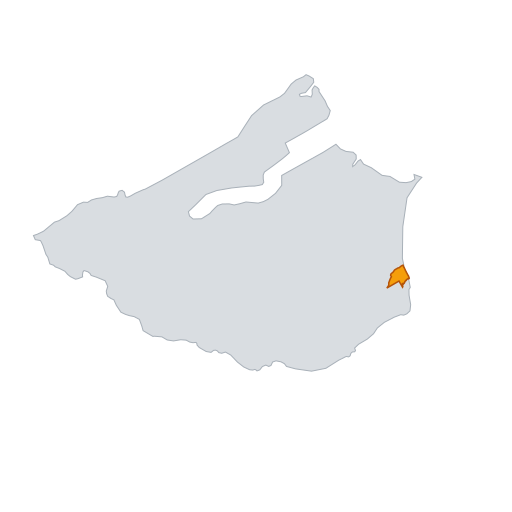 Saint Louis, Saint-Louis, Senegal shown in context, rotated 150°
{"feature_id": "50182788B94115130730188", "entity_name": "Saint Louis", "entity_type": "district", "adm_level": 2, "iso_a3": "SEN", "parent_name": "Senegal", "parent_adm1": "Saint-Louis", "projection": "mercator", "projection_center": [-16.417, 15.987], "detail": "fine", "context": "in_parent", "style": "filled", "palette": "amber", "viewbox_px": 512, "rotation_deg": 150, "n_neighbors": 0, "source": "geoboundaries", "source_scale": "gbopen_adm2", "svg_char_len": 5361}
<svg xmlns="http://www.w3.org/2000/svg" viewBox="0 0 512 512"><g transform="rotate(150 256 256)"><path d="M385.5,237.9L391.1,247.8L389.9,252.5L388.7,259.4L391.8,264.4L395.5,267.7L398.2,270.7L401.1,274.9L401.6,283.1L401.0,289.1L402.9,291.8L404.6,295.2L404.2,298.0L403.2,300.5L399.6,303.8L399.0,310.0L404.8,317.5L408.5,321.6L408.5,323.9L409.5,326.4L412.2,329.4L413.9,328.7L415.8,326.3L416.6,324.6L421.6,325.4L423.9,326.1L427.1,331.0L428.3,334.2L429.1,338.3L432.4,343.4L435.3,347.0L435.9,349.2L438.5,352.2L436.9,359.0L437.1,362.4L435.3,371.4L434.9,375.7L435.0,377.2L439.0,380.5L438.5,385.0L434.5,384.2L427.6,383.7L413.6,386.1L408.9,385.1L399.7,385.4L393.2,386.7L384.9,389.7L378.5,388.9L375.0,386.6L370.5,386.8L365.3,385.5L359.8,383.3L354.8,382.1L349.4,378.0L346.9,377.2L345.1,378.3L343.6,379.7L342.1,380.6L339.1,379.8L338.0,377.0L338.9,374.3L339.2,372.2L337.8,371.1L334.5,370.7L329.2,370.7L320.6,369.8L318.6,369.3L299.4,368.6L279.4,368.5L262.5,368.4L241.2,368.3L226.2,368.3L212.2,368.2L201.4,373.8L189.6,379.8L173.9,383.0L155.8,381.8L150.0,382.6L144.0,385.3L139.6,387.3L133.4,388.4L125.3,387.5L122.0,388.0L120.0,385.3L117.7,380.9L119.1,377.6L124.1,375.5L131.5,372.8L135.3,374.2L137.6,374.3L138.0,372.5L137.3,371.6L131.7,369.2L128.8,366.1L126.4,367.9L124.4,371.8L122.6,372.9L120.1,374.0L118.7,371.4L118.1,368.8L119.2,366.9L118.6,355.8L119.3,349.9L119.0,344.8L122.5,341.4L125.8,339.3L138.7,339.1L150.8,338.9L162.4,339.0L174.2,339.2L175.4,328.8L179.1,328.0L184.7,327.0L195.2,325.7L206.8,324.5L209.3,322.5L211.2,319.1L212.4,316.0L214.8,314.7L218.1,315.7L222.4,317.3L226.8,319.8L231.9,322.1L235.2,323.6L243.3,327.2L257.2,332.3L268.6,334.3L282.4,330.6L292.4,328.2L293.6,323.8L292.0,319.5L284.6,315.5L274.6,315.9L271.5,317.0L266.8,318.3L263.9,318.9L259.2,317.9L253.1,314.5L249.4,311.1L244.0,309.4L237.7,307.8L227.6,300.7L222.4,299.4L217.4,299.1L207.8,300.5L198.4,304.3L193.5,312.9L184.2,312.8L164.3,312.5L146.0,312.2L130.9,312.8L129.4,306.6L125.8,301.6L120.0,297.3L118.8,293.4L120.7,289.9L126.3,287.1L127.6,285.1L124.7,285.4L120.2,287.2L117.3,287.3L116.9,281.8L112.0,274.8L106.5,262.8L100.2,257.9L94.9,248.2L89.4,244.5L84.3,242.8L80.0,243.1L78.4,247.6L73.0,241.2L80.4,238.9L96.1,230.9L114.2,208.0L130.4,180.8L132.5,174.4L134.5,169.5L135.8,158.4L138.1,151.7L140.3,150.5L143.1,145.4L146.4,136.5L150.1,131.5L154.3,130.5L157.6,130.9L160.0,132.8L166.8,133.9L178.1,134.4L186.9,133.0L193.1,129.9L201.2,128.4L211.3,128.3L216.6,127.0L217.1,124.4L218.4,123.7L220.5,124.7L222.5,124.3L224.4,122.5L226.2,122.3L228.1,123.9L236.5,124.4L251.6,123.8L265.5,128.5L278.2,138.5L284.8,145.1L285.2,148.5L287.3,151.9L291.1,155.2L294.6,155.9L297.8,153.7L300.2,154.0L302.0,156.6L305.7,157.1L309.7,155.5L312.6,156.0L313.1,157.6L313.8,158.4L315.8,158.8L318.4,160.7L322.1,166.0L325.1,173.4L327.4,182.9L330.5,188.1L334.3,188.9L336.5,190.9L336.9,193.1L338.1,194.7L339.9,195.5L343.1,195.0L346.9,198.2L350.9,205.1L351.6,208.3L350.9,210.0L351.2,211.2L353.9,212.4L356.4,214.6L358.5,218.0L363.0,221.1L369.9,223.7L374.9,227.7L377.9,233.0L384.2,237.4L385.5,237.9Z" fill="#d9dde1" stroke="#a8b0b8" stroke-width="1"/><path d="M136.1,160.2L135.9,160.4L135.8,160.5L135.7,160.5L135.4,160.3L135.4,160.2L135.2,159.9L134.9,159.8L134.6,160.0L134.4,160.1L134.3,160.3L134.3,160.5L134.2,161.0L134.2,161.4L134.2,161.5L134.0,161.8L134.0,162.0L134.0,162.4L134.0,162.5L133.9,162.6L133.9,162.8L133.9,163.0L133.9,163.3L134.0,163.4L134.0,163.5L134.0,163.8L134.0,164.0L134.0,164.3L134.0,164.5L133.9,164.8L133.9,165.0L133.9,165.3L133.9,165.5L133.9,166.0L134.0,166.3L133.9,166.5L133.9,166.9L133.8,167.1L133.8,167.4L133.8,167.6L133.8,167.8L133.8,168.0L133.8,168.3L133.8,168.6L133.8,168.8L133.8,169.0L133.7,169.2L133.7,169.3L133.7,169.5L133.6,169.8L133.6,170.0L133.6,170.3L133.6,170.5L133.6,170.8L133.6,171.0L133.5,171.3L133.5,171.6L133.5,171.8L133.5,172.0L133.6,172.3L133.6,172.7L133.6,172.8L133.5,173.0L133.4,173.4L133.4,173.7L133.3,174.0L133.2,174.5L133.8,174.7L134.8,174.7L135.2,174.7L135.6,174.7L136.1,174.6L136.4,174.6L136.8,174.5L137.2,174.4L137.7,174.3L138.1,174.3L138.8,174.6L139.3,174.7L139.8,174.7L140.5,174.6L141.3,174.7L143.0,174.6L143.3,174.5L144.6,173.8L145.1,173.6L145.4,173.5L145.9,173.4L146.5,173.3L147.2,173.2L147.8,173.1L148.2,172.9L148.7,172.4L148.9,172.2L149.1,171.9L149.1,170.7L149.1,170.3L149.5,170.1L149.9,169.9L151.0,169.2L151.6,168.7L151.9,168.5L152.3,168.2L153.6,167.1L154.0,166.8L154.3,166.6L154.6,166.1L154.9,165.7L155.2,165.1L155.4,164.8L155.7,164.3L155.8,164.3L155.9,164.2L156.0,164.1L157.7,163.3L158.7,162.8L158.0,162.8L156.7,162.8L155.7,162.8L154.8,162.8L153.9,162.8L153.0,162.8L152.0,162.8L151.0,162.8L150.1,162.8L149.1,162.8L148.4,162.8L147.2,162.8L145.9,162.8L145.2,162.8L144.8,162.8L144.7,162.8L144.7,161.9L144.7,160.5L144.7,159.8L144.7,159.2L144.7,158.5L144.7,156.9L144.7,156.5L144.7,155.7L144.4,155.9L144.0,156.3L143.9,156.5L143.8,156.9L143.7,157.7L143.6,158.1L143.4,158.4L143.3,158.6L143.0,158.8L142.9,158.8L142.7,158.8L142.8,158.5L142.6,158.3L142.7,158.2L142.8,158.1L142.8,157.9L142.7,157.9L142.4,157.9L142.1,158.1L141.9,158.3L141.6,158.4L141.4,158.3L141.2,158.3L140.8,158.6L140.5,158.8L140.3,158.9L140.2,159.0L139.9,159.4L139.8,159.5L139.7,159.5L139.4,159.5L139.0,159.6L138.8,159.8L138.7,159.8L138.3,159.7L138.2,159.7L138.0,159.8L137.9,160.0L137.6,160.3L137.4,160.3L137.1,160.2L136.9,160.3L136.3,160.3L136.1,160.2L136.1,160.2Z" fill="#f59e0b" stroke="#b45309" stroke-width="1.5"/></g></svg>